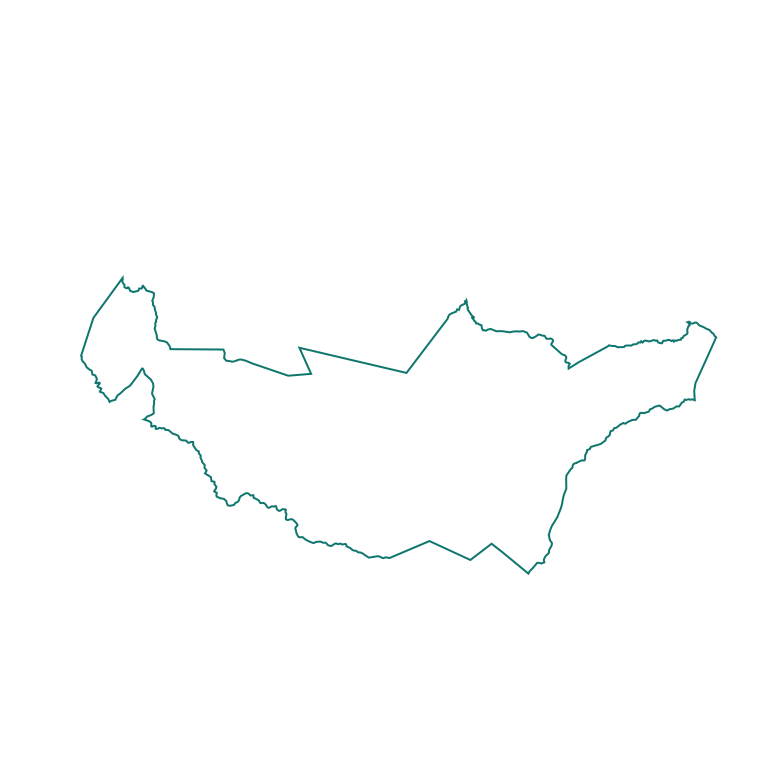 outline of Intibuca, Intibucá, Honduras, rotated 292°
{"feature_id": "27666195B5918981797779", "entity_name": "Intibuca", "entity_type": "district", "adm_level": 2, "iso_a3": "HND", "parent_name": "Honduras", "parent_adm1": "Intibucá", "projection": "mercator", "projection_center": [-88.141, 14.453], "detail": "fine", "context": "isolated", "style": "outline", "palette": "teal", "viewbox_px": 768, "rotation_deg": 292, "n_neighbors": 0, "source": "geoboundaries", "source_scale": "gbopen_adm2", "svg_char_len": 6159}
<svg xmlns="http://www.w3.org/2000/svg" viewBox="0 0 768 768"><g transform="rotate(292 384 384)"><path d="M264.6,136.3L266.1,137.3L268.7,140.8L271.7,140.9L274.1,141.5L276.2,142.9L282.6,145.8L287.3,149.2L299.2,152.4L307.2,153.7L307.8,154.0L307.9,154.6L306.5,156.3L303.5,158.5L300.8,166.1L298.0,169.7L295.3,171.2L288.2,172.5L284.0,177.1L282.1,177.1L279.8,178.2L276.6,178.8L270.6,181.5L268.2,179.9L265.1,176.6L261.9,175.3L261.2,174.7L261.5,178.7L261.3,181.8L260.1,183.2L257.5,184.1L257.6,185.0L259.1,186.5L259.4,187.6L259.0,188.4L257.1,188.9L256.9,189.4L257.4,190.6L259.2,192.1L259.7,195.0L260.6,196.3L260.3,197.8L259.6,198.3L260.5,201.5L258.8,206.8L259.1,210.4L258.9,212.5L258.6,213.1L256.7,214.7L256.1,216.5L256.3,218.4L257.4,221.6L256.2,224.2L256.2,224.9L258.1,227.0L258.7,228.8L255.7,230.0L252.5,234.7L252.0,237.6L250.2,238.4L249.1,240.8L248.5,241.1L247.3,241.2L244.7,243.9L243.5,244.6L241.7,248.2L239.1,248.9L237.2,252.0L234.1,251.5L232.8,258.4L229.3,260.5L229.8,263.1L229.5,263.8L227.7,264.2L225.8,267.2L223.6,267.3L221.0,266.7L220.6,267.5L220.5,269.7L217.7,270.4L216.9,271.1L216.7,274.8L217.5,278.6L216.3,281.7L214.3,283.1L213.0,284.6L213.3,286.7L215.7,290.2L218.2,290.8L219.4,292.1L220.8,292.9L222.7,293.0L224.6,292.7L226.5,293.3L231.0,296.9L231.6,298.4L231.6,299.6L230.6,301.9L231.9,304.6L229.5,305.9L229.7,306.9L229.2,311.4L227.3,314.0L227.8,315.4L228.6,316.6L228.5,318.2L227.7,319.9L226.3,321.6L225.9,322.8L226.3,324.0L228.6,325.8L229.1,327.9L230.3,329.2L230.0,329.9L227.6,331.7L227.0,334.1L227.4,334.9L230.0,336.9L230.8,339.6L230.4,340.3L228.5,340.5L226.7,342.3L223.0,343.1L221.8,343.8L221.7,345.6L223.7,348.1L224.2,350.2L222.5,354.3L221.3,356.3L220.3,356.7L218.1,355.8L217.1,355.8L212.5,359.1L210.7,361.2L210.1,362.6L211.5,366.0L210.5,368.9L210.0,372.9L210.0,377.6L210.5,378.7L212.0,380.0L213.8,383.4L214.1,384.6L214.0,387.0L214.9,389.0L214.9,389.9L213.6,392.4L213.7,394.7L214.4,396.2L217.0,397.8L218.2,399.1L218.3,401.4L219.7,403.5L219.5,405.3L221.3,408.2L220.8,409.3L219.4,410.0L219.3,414.1L218.3,416.9L218.3,418.6L218.9,420.5L218.3,422.8L219.1,426.5L217.3,434.9L222.0,442.7L222.4,444.9L222.1,447.4L222.3,448.6L223.9,450.5L224.8,454.4L255.4,485.0L253.2,530.0L276.2,543.6L272.4,556.8L262.3,588.9L265.1,589.2L269.0,590.9L275.5,593.0L276.2,594.5L276.5,597.1L278.7,599.5L280.7,598.1L281.7,598.0L284.9,598.3L289.4,600.2L291.5,599.3L296.9,599.9L298.7,599.6L299.8,599.0L300.8,597.0L303.6,594.6L304.9,594.3L305.8,593.2L307.9,593.2L309.5,592.8L314.9,592.8L325.6,594.6L335.3,594.5L339.8,594.0L343.5,593.1L348.7,592.3L355.1,592.3L364.6,588.3L367.6,587.4L375.2,589.1L376.8,590.1L378.9,589.5L380.2,589.6L381.9,590.5L382.9,592.2L383.7,592.5L387.5,596.2L387.8,597.9L388.3,598.5L389.7,598.6L393.4,597.2L396.8,597.6L398.7,597.1L401.0,599.3L402.7,599.3L403.3,599.5L409.5,607.3L414.4,610.4L417.6,610.2L418.8,611.3L421.0,612.4L425.1,611.7L426.5,613.5L429.3,614.0L430.6,615.9L435.2,618.5L436.6,619.9L437.4,620.2L437.6,622.7L439.9,624.1L443.6,627.6L445.2,630.9L450.0,632.5L452.1,632.1L453.0,632.4L453.6,633.2L454.4,636.0L457.2,639.4L457.9,639.9L460.3,640.2L461.6,641.8L464.3,643.6L467.1,647.2L467.1,648.4L465.6,653.1L465.4,656.3L467.5,658.1L469.6,661.4L472.8,663.6L473.8,666.1L478.2,667.1L480.0,668.6L482.1,668.6L482.5,670.3L484.1,672.4L484.3,674.3L485.3,675.7L485.4,678.2L493.8,674.2L501.4,672.5L551.7,674.5L552.4,672.5L554.1,670.4L554.4,668.7L556.0,665.5L556.0,661.6L556.5,659.0L556.4,654.5L558.0,651.0L557.6,649.6L555.8,647.7L555.2,646.5L555.1,645.0L555.7,644.8L556.1,644.1L555.8,643.0L555.2,642.4L555.2,643.1L554.2,643.7L553.8,644.8L553.1,645.4L551.3,644.6L547.9,644.8L545.0,646.3L543.6,646.0L540.6,643.8L538.7,643.7L537.8,642.5L536.2,642.6L535.2,640.5L533.7,639.1L533.5,637.7L531.9,636.9L532.8,635.6L531.5,634.4L531.8,632.3L530.8,630.2L529.6,628.9L528.9,627.1L528.4,626.6L526.3,626.6L525.7,626.2L525.2,622.7L526.7,621.0L525.9,619.9L525.9,617.9L522.8,614.0L522.5,611.4L521.8,609.4L521.2,608.9L519.4,608.3L520.0,606.5L518.6,606.4L518.0,604.4L516.6,603.9L515.5,603.0L514.0,600.1L512.3,599.1L511.3,596.1L509.9,593.5L509.6,593.1L508.4,592.8L507.9,592.1L505.6,586.8L505.8,584.0L504.8,581.6L504.1,578.1L502.7,577.4L477.4,556.6L467.5,549.4L469.7,548.4L472.4,548.6L472.8,546.8L472.2,544.9L472.3,544.4L473.3,543.4L477.0,543.1L477.7,542.5L478.4,540.8L478.2,538.8L478.5,537.0L483.0,524.5L483.7,524.1L486.4,524.6L487.5,524.5L488.3,523.8L488.6,522.5L488.5,521.3L487.3,519.2L486.9,517.5L488.8,515.0L488.2,512.7L487.9,509.0L487.5,508.4L485.5,507.3L482.3,504.7L481.9,502.8L482.4,501.0L485.1,497.5L485.2,493.4L483.4,489.9L482.5,487.2L480.9,483.9L479.1,481.4L477.2,473.6L475.0,468.4L475.0,462.2L473.2,459.7L471.5,458.5L471.4,456.8L470.9,455.6L472.6,453.7L475.0,452.4L474.8,450.2L475.3,448.2L474.6,446.7L476.2,445.3L476.3,444.1L477.4,442.7L478.2,441.1L478.4,440.9L479.1,442.4L479.5,442.4L480.5,439.5L484.3,433.9L485.2,433.3L486.2,433.4L487.0,432.3L489.7,430.5L491.2,430.0L492.4,429.0L491.6,429.0L491.0,428.1L489.5,429.0L488.9,429.0L485.7,426.1L484.3,425.5L480.8,425.7L480.5,423.8L478.2,423.8L474.8,420.2L472.8,418.7L470.1,418.3L468.5,418.6L402.7,400.7L385.9,292.0L366.1,312.6L355.8,292.1L353.7,254.0L353.8,247.1L353.4,243.7L352.9,241.5L352.0,240.1L348.5,236.2L347.7,234.6L347.4,232.3L346.5,228.9L348.2,226.0L353.0,224.8L355.8,222.2L336.3,172.9L337.6,172.1L339.0,170.8L341.3,167.1L341.2,164.0L340.2,158.8L340.5,157.5L341.1,156.5L344.4,154.8L349.5,150.6L352.3,150.3L354.8,149.1L356.6,149.3L357.8,148.7L361.0,148.7L363.2,146.4L364.5,146.1L367.0,143.8L369.5,142.5L370.8,140.1L373.2,139.2L374.3,138.0L378.5,137.9L381.9,136.8L382.3,134.6L381.6,128.7L382.7,127.4L384.8,123.7L384.1,123.3L383.0,123.7L381.8,123.6L380.8,121.2L379.0,121.4L378.2,121.0L375.3,117.0L375.5,115.7L375.1,114.1L377.8,111.1L377.6,110.3L376.8,110.2L376.4,109.7L376.3,108.3L376.7,107.0L378.9,106.1L379.4,104.8L380.8,103.0L383.2,102.5L384.5,101.9L336.4,89.8L296.6,92.6L296.0,93.6L293.7,94.4L292.6,95.6L291.9,96.5L291.1,98.6L288.1,102.2L287.1,105.4L286.8,108.0L283.6,110.1L283.8,113.1L281.0,116.0L276.8,116.2L276.9,117.1L278.5,119.2L278.5,120.0L277.9,120.2L274.5,119.2L273.9,120.1L274.1,122.5L273.8,123.6L270.4,123.4L270.5,127.2L268.5,130.0L266.9,133.8L264.6,136.3Z" fill="none" stroke="#0f766e" stroke-width="2"/></g></svg>